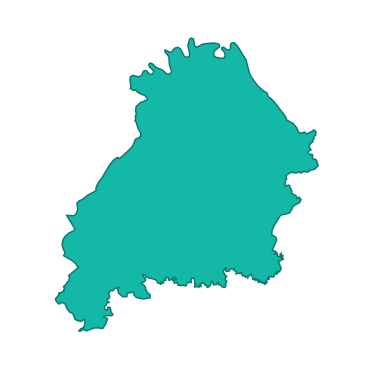 Kham Khuean Kaeo, Yasothon, Thailand, rotated 98°
{"feature_id": "78962969B10753248313683", "entity_name": "Kham Khuean Kaeo", "entity_type": "district", "adm_level": 2, "iso_a3": "THA", "parent_name": "Thailand", "parent_adm1": "Yasothon", "projection": "robinson", "projection_center": [104.4, 15.654], "detail": "fine", "context": "isolated", "style": "filled", "palette": "teal", "viewbox_px": 384, "rotation_deg": 98, "n_neighbors": 0, "source": "geoboundaries", "source_scale": "gbopen_adm2", "svg_char_len": 5986}
<svg xmlns="http://www.w3.org/2000/svg" viewBox="0 0 384 384"><g transform="rotate(98 192 192)"><path d="M262.8,99.4L261.0,98.3L261.1,97.4L261.6,97.2L261.3,96.4L260.5,96.1L259.6,97.2L259.3,95.5L258.7,96.0L258.9,94.6L256.1,93.0L254.3,93.6L248.9,96.8L245.8,92.2L245.0,92.7L244.9,94.7L243.9,94.2L243.6,93.3L242.2,93.1L242.0,95.2L240.5,95.2L241.6,96.2L243.8,95.1L243.8,98.1L240.8,99.1L240.8,99.9L241.7,100.9L241.8,101.8L240.9,101.5L240.1,100.2L239.2,100.9L238.8,104.5L227.8,101.4L225.0,102.9L223.2,107.1L219.1,107.3L215.2,106.5L202.6,101.1L199.6,93.3L198.5,92.0L192.4,89.9L190.8,88.5L187.4,83.9L184.4,83.0L182.3,85.2L182.5,85.9L183.5,86.2L183.8,87.0L181.0,88.7L179.5,93.3L177.2,93.2L176.8,94.1L175.2,94.3L173.6,95.9L172.4,95.9L171.7,96.8L172.4,99.3L173.0,99.6L172.8,100.7L171.7,101.2L169.9,100.7L167.1,101.2L166.0,100.0L164.4,100.9L162.5,101.1L158.6,96.6L158.7,91.8L157.2,88.1L158.1,86.9L156.2,84.3L156.1,79.9L153.9,77.8L152.4,73.7L148.8,70.9L148.2,70.7L147.0,71.9L146.3,71.6L143.2,73.3L142.4,74.3L142.9,76.2L141.3,77.5L138.1,77.8L138.0,78.9L138.9,79.7L136.8,83.0L135.5,82.3L133.7,80.0L131.6,81.8L128.7,82.3L127.7,81.2L126.1,80.6L126.1,79.8L125.4,79.3L124.0,79.7L122.3,78.6L120.6,79.0L118.4,77.4L116.4,77.8L115.6,77.5L114.1,78.7L113.6,80.1L115.5,81.7L115.8,82.9L116.8,83.6L118.4,86.5L118.3,87.4L117.0,88.9L118.5,92.0L118.6,93.3L118.1,94.7L113.8,97.3L109.9,101.6L107.6,108.2L104.1,110.1L91.0,123.5L88.2,127.4L87.3,129.6L83.7,131.3L81.2,136.6L77.5,141.9L70.3,148.9L66.1,151.8L53.8,156.8L43.1,165.6L39.6,169.1L38.4,171.0L38.7,173.1L39.9,174.1L41.3,174.4L44.7,173.8L46.2,174.8L46.4,176.7L44.2,181.1L44.9,182.6L46.4,182.5L49.1,179.4L52.4,178.0L54.7,179.0L55.7,181.7L55.2,187.2L53.9,189.1L52.5,189.9L49.4,189.6L44.3,184.9L42.6,185.2L41.7,186.3L41.4,191.0L43.5,200.4L44.3,202.3L47.4,206.4L47.7,207.8L47.3,209.2L46.2,210.1L40.2,211.8L39.7,214.0L40.4,215.1L41.7,215.8L47.8,216.4L56.1,213.3L58.4,214.0L59.3,216.2L59.1,218.3L51.9,223.4L50.7,226.0L52.0,229.2L56.4,231.8L56.7,233.6L55.3,236.9L55.4,238.6L57.1,238.1L59.8,235.0L62.1,233.5L68.8,232.2L75.1,229.1L77.0,229.5L78.3,230.6L78.8,231.5L78.4,233.8L75.3,238.2L73.6,245.1L70.5,249.2L70.1,251.0L70.6,252.0L72.2,252.5L74.3,251.2L77.2,247.1L79.2,246.8L80.6,247.7L81.3,249.0L81.2,250.5L78.4,253.8L78.2,255.5L79.2,256.9L83.2,258.1L84.7,259.6L85.4,261.3L84.7,266.7L86.3,269.0L89.6,269.0L96.0,267.3L98.2,267.4L99.5,264.5L99.0,261.9L100.7,259.8L102.2,256.0L102.8,252.4L106.0,248.8L107.2,249.4L108.4,251.9L109.8,253.3L110.0,254.9L115.0,259.2L120.1,259.1L121.9,257.9L125.1,258.7L126.9,258.0L129.5,258.4L130.1,257.4L136.9,254.0L140.8,251.1L143.4,250.6L145.5,251.7L147.5,255.3L154.2,257.1L156.6,258.2L165.7,265.5L169.0,268.5L168.0,270.1L169.0,271.0L169.0,271.9L171.6,274.3L176.8,277.4L190.2,283.0L195.8,286.1L200.2,287.5L204.1,287.4L209.7,294.7L214.5,299.3L216.8,302.9L219.3,304.4L225.1,302.7L229.8,303.8L232.0,305.7L232.6,312.9L244.6,303.0L245.5,302.9L246.5,303.4L249.8,308.2L254.2,311.8L257.2,313.1L262.5,313.3L266.7,311.4L269.7,309.1L272.9,310.3L276.9,300.3L278.0,299.3L278.9,297.0L280.8,296.0L282.4,293.9L291.9,302.5L294.2,301.3L295.6,301.7L297.0,301.3L298.2,302.7L300.8,303.8L303.6,306.1L305.0,304.8L307.2,305.5L307.8,305.1L310.6,308.8L310.3,309.3L310.7,309.8L312.3,309.6L316.9,312.3L318.2,311.9L321.3,308.7L321.2,307.4L319.7,306.2L319.8,303.7L320.4,302.2L325.5,299.2L326.1,298.0L328.1,296.4L328.3,294.7L329.6,292.7L334.5,289.9L335.5,286.6L335.4,283.5L333.3,281.2L333.3,280.3L337.3,279.7L341.4,280.5L343.0,283.3L345.2,284.6L345.6,283.7L343.1,280.2L344.3,277.4L340.3,270.2L339.6,266.3L339.6,261.4L334.8,259.1L329.5,258.0L328.3,259.8L328.3,262.0L327.7,262.3L326.5,260.8L325.7,254.6L324.8,253.4L323.9,253.4L322.5,255.3L317.7,256.9L317.9,259.3L320.2,259.1L320.8,259.6L320.5,261.6L319.6,262.5L317.3,262.6L315.7,261.1L313.6,260.8L312.9,258.7L311.7,260.5L310.3,261.3L308.9,259.3L306.9,259.0L304.2,260.6L300.9,258.9L300.8,256.5L298.4,254.9L296.6,251.5L296.9,251.1L298.0,252.0L299.6,252.0L300.9,250.9L302.2,251.0L305.3,246.2L304.7,241.9L302.6,242.1L300.4,241.0L300.4,239.2L299.4,237.2L299.7,235.9L301.9,235.2L303.7,233.3L304.5,230.6L304.7,225.5L302.7,218.9L299.8,219.0L297.6,222.4L294.0,224.7L292.2,225.1L290.5,227.3L289.8,229.6L289.0,229.6L287.9,227.2L285.5,225.6L284.0,226.4L281.3,229.2L280.5,228.9L280.9,226.3L282.7,225.3L283.8,215.8L285.6,213.9L286.9,213.4L286.8,211.5L287.8,210.3L287.3,209.8L285.5,210.0L286.5,208.6L286.3,207.9L285.1,207.4L283.3,207.8L283.0,205.6L281.5,206.3L280.0,205.5L280.1,203.5L282.4,202.8L282.7,202.0L278.8,197.6L280.2,195.3L281.1,195.8L280.8,197.1L282.0,199.0L282.5,198.8L282.7,197.4L284.7,196.8L283.7,194.4L286.3,192.7L286.2,189.6L285.5,187.9L285.9,185.2L285.4,184.7L282.9,184.3L282.2,183.3L281.6,180.1L280.4,180.7L278.2,180.4L277.4,180.0L277.1,179.0L277.7,177.8L282.1,176.2L282.6,176.6L283.2,175.9L284.3,176.4L285.8,176.0L284.8,174.0L285.4,172.0L284.4,171.5L284.4,170.0L283.6,169.9L283.0,171.7L282.4,170.6L280.3,169.5L280.9,168.4L280.8,167.3L282.5,166.1L282.3,164.8L284.1,163.9L284.4,163.0L281.8,160.8L277.6,160.2L278.2,158.6L279.9,158.6L280.9,157.4L280.2,154.9L278.0,153.9L278.4,153.1L280.2,152.7L279.9,151.0L281.9,148.7L281.9,146.5L281.1,145.5L279.1,145.5L278.0,146.2L276.9,145.4L275.3,145.3L274.4,146.9L272.9,147.0L270.8,146.0L269.9,147.2L270.3,148.1L268.4,148.4L266.3,150.5L262.2,147.9L262.6,147.3L264.5,147.9L265.8,147.1L265.3,144.4L262.5,143.0L262.5,141.1L263.1,140.3L262.3,139.8L263.8,139.5L264.5,137.1L267.0,137.0L265.9,135.0L266.3,133.8L264.7,131.8L266.8,131.4L266.9,130.3L268.0,130.1L268.2,128.5L267.8,127.4L268.8,126.9L268.1,125.9L269.4,124.8L268.0,124.6L265.1,122.2L266.9,121.2L267.9,119.7L270.1,119.7L270.2,117.8L269.2,118.0L268.9,116.9L270.6,116.3L269.6,115.2L269.7,114.7L272.2,113.8L271.6,112.7L270.7,113.9L269.9,112.8L272.1,111.4L271.6,109.9L272.5,109.3L272.4,108.2L273.3,106.8L272.4,106.2L271.5,107.4L271.5,105.3L270.8,105.2L270.3,105.9L269.0,105.7L267.1,103.2L266.7,103.5L266.7,104.8L266.1,104.8L264.4,102.5L265.2,101.0L264.7,99.6L264.0,98.8L262.8,99.4Z" fill="#14b8a6" stroke="#0f766e" stroke-width="1.5"/></g></svg>